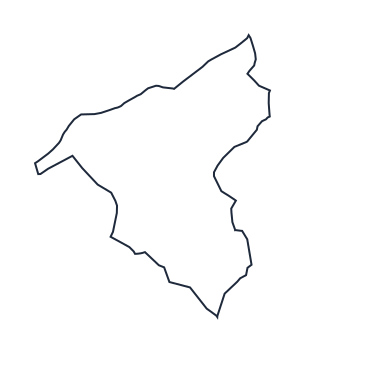 outline of Sandamu, Katsina, Nigeria, rotated 151°
{"feature_id": "59680162B54666922464494", "entity_name": "Sandamu", "entity_type": "district", "adm_level": 2, "iso_a3": "NGA", "parent_name": "Nigeria", "parent_adm1": "Katsina", "projection": "robinson", "projection_center": [8.364, 12.927], "detail": "fine", "context": "isolated", "style": "outline", "palette": "slate", "viewbox_px": 384, "rotation_deg": 151, "n_neighbors": 0, "source": "geoboundaries", "source_scale": "gbopen_adm2", "svg_char_len": 1605}
<svg xmlns="http://www.w3.org/2000/svg" viewBox="0 0 384 384"><g transform="rotate(151 192 192)"><path d="M66.4,301.7L69.2,299.8L77.6,298.3L84.1,297.3L99.8,298.4L111.0,298.5L114.5,298.4L122.1,296.4L146.4,292.9L157.7,290.9L158.4,291.7L166.7,297.6L169.7,300.9L172.0,302.4L180.1,304.0L180.9,303.9L183.6,303.5L186.7,302.9L189.5,302.4L191.5,302.6L193.3,302.8L195.7,302.7L202.3,302.7L208.1,302.6L212.0,301.7L212.7,301.6L216.0,301.9L218.8,302.7L224.8,303.7L233.2,305.3L239.5,307.4L251.4,313.6L259.8,312.7L267.7,309.5L271.5,307.3L274.2,306.3L276.9,304.8L281.8,300.9L284.4,299.5L293.0,296.7L299.2,295.3L312.2,293.5L315.3,293.3L317.8,282.2L315.8,281.2L306.6,282.1L279.0,281.6L276.4,266.0L270.9,244.2L263.0,230.6L263.3,221.5L264.2,216.4L267.9,210.1L280.4,195.5L284.9,192.3L273.5,174.2L271.8,168.3L271.8,165.5L269.3,164.3L266.5,163.2L264.7,162.7L262.3,162.2L256.5,144.0L252.9,139.6L255.4,124.2L240.0,109.5L235.7,82.9L230.7,72.2L230.5,70.4L229.9,71.3L212.7,87.3L195.9,91.6L191.6,93.2L185.0,93.1L180.2,98.8L175.2,99.5L166.6,123.9L167.0,133.2L167.0,133.7L168.2,134.5L172.3,137.5L172.8,137.7L172.6,138.1L171.3,146.0L167.6,154.6L165.7,158.5L157.8,163.2L158.6,164.9L162.0,171.5L164.0,175.0L165.9,178.5L165.1,195.2L163.2,198.6L156.8,202.7L148.2,206.7L133.0,210.9L120.6,209.4L119.2,209.4L117.0,210.3L105.1,215.0L102.8,217.7L96.4,220.0L92.0,219.7L89.7,220.5L87.4,220.3L86.6,222.2L83.8,228.3L81.8,232.6L77.6,239.8L76.8,241.2L74.6,243.0L81.9,252.5L83.5,259.3L84.5,262.8L86.2,268.5L82.8,270.2L76.3,272.5L74.5,274.6L71.9,277.1L69.6,282.6L67.9,290.0L66.2,298.3L66.4,301.7Z" fill="none" stroke="#1e293b" stroke-width="2"/></g></svg>